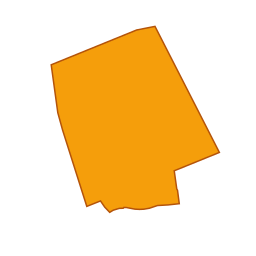 Santa Inés Yatzeche, Oaxaca, Mexico (orthographic projection), rotated 154°
{"feature_id": "50627088B94233573248712", "entity_name": "Santa Inés Yatzeche", "entity_type": "district", "adm_level": 2, "iso_a3": "MEX", "parent_name": "Mexico", "parent_adm1": "Oaxaca", "projection": "orthographic", "projection_center": [-96.757, 16.806], "detail": "fine", "context": "isolated", "style": "filled", "palette": "amber", "viewbox_px": 256, "rotation_deg": 154, "n_neighbors": 0, "source": "geoboundaries", "source_scale": "gbopen_adm2", "svg_char_len": 491}
<svg xmlns="http://www.w3.org/2000/svg" viewBox="0 0 256 256"><g transform="rotate(154 128 128)"><path d="M199.4,75.6L184.7,74.5L183.6,67.1L181.4,60.2L177.3,60.6L171.1,59.6L167.5,58.0L166.4,58.4L166.1,58.1L164.5,57.4L161.6,55.2L157.3,52.0L153.3,49.8L149.4,48.1L143.9,46.5L135.5,45.4L125.7,41.3L115.1,37.5L110.8,50.3L110.9,51.8L105.2,69.3L71.5,67.0L56.6,66.0L59.2,207.5L77.2,212.3L169.3,218.5L184.4,172.5L187.7,154.8L199.4,75.6Z" fill="#f59e0b" stroke="#b45309" stroke-width="1.5"/></g></svg>